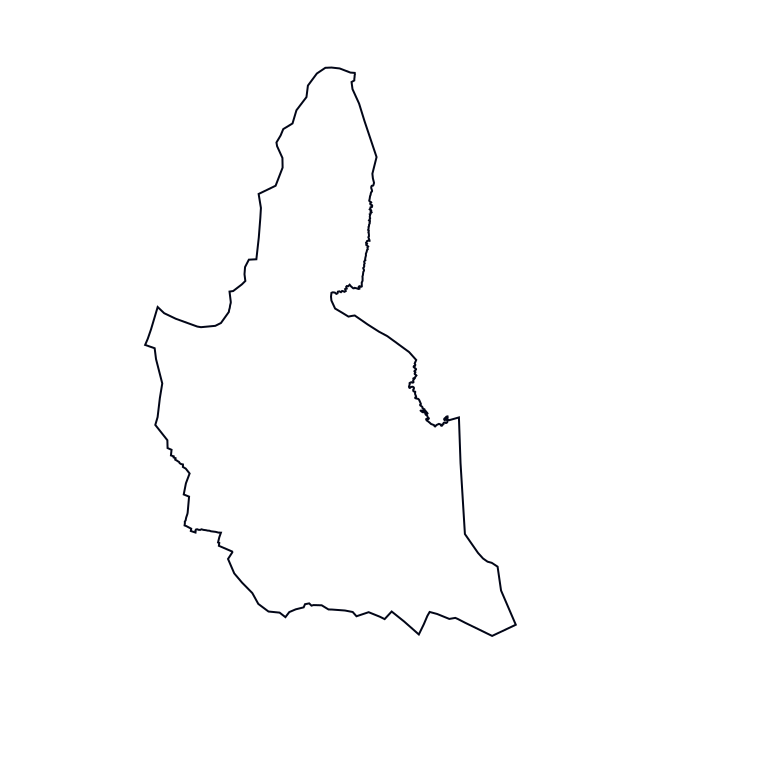 the district of Kiyawa, Jigawa, Nigeria, rotated 300°
{"feature_id": "59680162B95265909286240", "entity_name": "Kiyawa", "entity_type": "district", "adm_level": 2, "iso_a3": "NGA", "parent_name": "Nigeria", "parent_adm1": "Jigawa", "projection": "equal_earth", "projection_center": [9.668, 11.797], "detail": "fine", "context": "isolated", "style": "outline", "palette": "ink", "viewbox_px": 768, "rotation_deg": 300, "n_neighbors": 0, "source": "geoboundaries", "source_scale": "gbopen_adm2", "svg_char_len": 6154}
<svg xmlns="http://www.w3.org/2000/svg" viewBox="0 0 768 768"><g transform="rotate(300 384 384)"><path d="M392.5,465.6L385.2,458.5L385.2,456.0L385.4,455.6L385.9,455.9L387.0,455.8L387.7,455.2L387.3,454.7L386.7,454.3L385.2,454.1L384.7,453.7L383.9,453.6L383.3,453.9L383.1,454.4L383.4,454.9L384.1,455.1L384.4,455.6L383.9,457.3L383.2,457.7L382.4,457.9L381.9,457.7L381.4,457.4L381.1,456.8L381.3,456.1L381.0,455.7L380.4,455.2L379.7,455.1L379.2,455.5L378.1,454.8L377.6,455.2L377.0,455.1L376.5,454.5L376.6,454.0L377.2,453.7L377.1,452.3L376.9,451.5L374.6,449.9L372.9,449.6L372.7,449.0L373.4,447.8L372.9,444.7L373.4,442.7L373.5,441.7L373.7,440.9L373.8,439.1L374.6,438.1L375.1,438.4L375.5,439.5L375.8,439.9L376.4,440.1L376.7,440.0L376.8,439.8L376.7,438.9L376.8,438.7L377.7,437.9L378.0,437.4L378.2,437.0L378.3,435.6L378.4,435.3L379.2,434.4L379.4,434.3L379.6,434.5L379.5,435.2L379.8,436.1L380.0,436.4L380.3,436.4L381.2,434.1L381.5,433.1L381.2,432.8L380.1,433.2L379.6,432.9L379.5,432.3L379.0,431.9L378.9,431.2L379.0,430.0L379.2,429.2L379.5,429.3L380.1,431.0L381.3,431.8L382.1,431.9L382.3,431.7L382.2,429.8L382.4,429.4L382.9,429.1L383.3,428.6L383.5,427.6L383.6,426.1L384.1,425.7L384.8,426.0L385.2,425.9L387.8,422.4L388.1,421.6L388.2,421.0L387.7,419.5L387.4,418.4L387.5,418.0L387.9,417.8L388.7,418.3L389.3,418.0L390.8,416.0L391.7,415.4L392.8,415.0L392.9,414.7L392.5,413.8L392.5,413.2L392.7,412.8L393.5,412.2L394.0,412.1L394.6,412.3L395.2,412.1L395.7,411.8L396.0,411.2L396.0,410.5L395.8,409.9L394.9,408.9L394.3,408.6L393.7,408.5L393.4,408.1L393.5,407.7L394.1,407.0L396.9,406.3L397.5,405.7L397.9,405.8L399.2,406.7L399.3,407.8L400.0,408.6L400.4,408.6L401.3,407.7L401.8,407.4L403.1,407.6L403.4,406.7L403.7,406.7L403.9,407.4L404.3,407.7L404.6,407.8L405.0,407.5L407.6,407.8L407.9,406.6L407.9,405.8L408.5,405.3L409.7,405.4L410.0,405.2L410.0,404.5L410.2,404.0L410.6,403.9L412.5,404.5L412.9,404.3L413.1,403.8L413.5,401.3L413.9,401.0L414.6,401.0L415.3,401.8L416.3,401.5L417.1,400.3L420.9,399.9L424.2,389.8L427.1,363.0L426.8,353.6L427.4,340.0L428.7,324.4L426.8,322.0L424.6,319.5L424.8,312.3L424.9,303.9L430.0,296.7L433.2,294.4L436.7,292.9L437.8,293.8L438.6,295.7L438.2,297.6L439.3,298.4L440.9,297.9L441.9,299.0L442.0,300.8L443.6,301.2L443.9,302.2L444.1,303.7L445.4,304.4L446.7,302.9L448.0,304.0L449.1,302.7L450.2,302.8L450.8,304.1L452.8,304.6L452.1,306.4L451.5,309.4L451.8,310.1L452.6,310.5L453.3,312.9L453.5,314.3L454.2,315.1L454.9,314.8L455.2,313.7L455.6,313.5L456.0,313.6L456.4,313.8L456.6,314.2L456.5,314.9L456.8,315.6L457.4,316.0L460.7,314.0L461.2,313.9L461.7,314.0L462.9,313.7L465.2,312.4L466.3,311.6L467.7,311.3L470.8,310.0L472.1,310.0L472.8,309.6L473.8,308.2L474.2,308.0L474.8,308.2L475.7,308.1L476.4,307.9L477.0,307.2L478.1,306.9L478.7,307.0L479.9,305.7L480.9,305.7L481.3,305.6L481.8,306.0L482.1,305.8L482.3,305.5L482.6,305.3L484.1,304.7L486.3,304.1L487.7,303.2L489.7,302.9L491.6,302.3L492.5,302.6L494.0,301.4L495.1,301.6L495.5,300.3L495.4,299.4L495.6,299.1L496.1,298.8L496.7,299.1L497.0,299.1L497.0,298.2L497.3,297.9L497.6,298.1L499.1,297.8L499.5,298.2L499.8,298.2L500.5,298.7L500.7,299.2L500.6,299.4L500.6,299.7L500.8,299.9L501.6,299.2L501.9,298.7L502.7,297.9L503.1,297.2L503.5,297.0L504.4,297.1L506.5,295.8L507.4,294.8L507.7,294.9L508.5,294.3L509.0,294.3L509.3,294.1L509.5,293.2L510.2,293.2L511.6,292.6L512.1,292.3L512.2,292.1L512.7,292.2L514.0,291.7L514.5,291.4L516.0,291.3L517.0,290.5L517.4,290.7L518.2,290.2L518.3,290.1L518.3,289.5L518.8,289.7L519.3,289.1L520.0,289.3L520.7,289.1L520.9,288.7L521.8,288.0L523.3,287.5L523.8,286.9L524.2,287.3L524.7,287.3L524.9,287.0L525.7,286.6L526.2,286.7L526.2,287.3L526.4,287.4L526.7,286.8L527.0,286.7L527.1,286.2L527.6,286.4L527.9,286.1L528.0,285.8L528.1,285.1L528.0,284.6L528.1,284.3L528.4,284.4L528.4,284.9L528.6,284.9L528.9,284.4L530.2,284.0L530.4,284.3L530.9,284.6L531.2,285.0L531.4,285.0L531.6,284.4L531.8,284.3L532.1,284.2L532.6,284.5L532.8,284.3L532.9,283.9L532.8,282.4L533.5,281.8L534.9,282.1L535.0,281.8L535.0,280.5L535.1,280.1L535.3,279.6L535.7,279.4L536.9,279.1L539.7,278.0L541.2,277.8L542.1,277.4L543.6,277.0L544.7,277.3L545.1,277.2L545.6,276.9L547.4,274.9L548.7,274.3L549.5,274.3L550.3,275.3L550.9,275.4L553.2,274.8L556.6,271.5L560.3,268.8L576.8,264.1L602.0,235.6L614.4,222.2L623.6,209.3L629.3,204.9L632.0,206.5L633.7,205.6L635.2,205.0L636.5,204.3L637.4,204.1L638.8,203.1L636.9,199.2L635.1,187.8L631.8,180.3L628.5,175.1L619.3,170.6L604.4,168.9L593.7,173.4L577.3,171.3L563.9,174.5L554.4,169.3L547.6,170.2L539.4,170.1L536.5,172.5L529.0,183.0L520.7,188.0L501.5,191.0L485.9,180.4L474.9,189.4L465.9,193.9L448.3,202.3L428.2,211.1L424.1,204.8L415.8,205.2L409.3,208.3L403.9,212.4L399.2,211.1L389.1,206.9L386.8,204.0L378.7,210.1L377.7,210.7L375.2,211.4L372.7,212.4L370.9,212.8L368.8,213.6L355.3,212.3L350.0,208.8L341.7,197.1L340.4,193.6L336.4,171.1L335.4,158.2L337.5,149.5L314.9,154.9L305.1,156.8L298.4,157.6L300.3,167.5L291.6,174.1L273.6,191.7L259.8,196.9L242.1,204.5L234.2,206.4L227.0,224.5L220.3,228.6L220.8,232.9L215.6,235.2L216.2,238.1L215.2,238.5L215.5,240.6L214.1,241.0L214.1,243.1L214.0,244.2L214.0,245.5L213.3,246.6L213.2,248.3L213.8,250.1L212.5,250.9L211.6,251.3L211.6,254.6L209.3,260.4L199.0,262.1L188.2,265.8L189.0,271.5L174.6,278.2L173.2,278.7L169.3,279.5L166.7,280.4L165.2,280.3L164.0,281.1L161.8,282.0L162.1,283.9L162.3,289.4L160.1,290.2L161.1,295.0L162.3,294.5L162.9,293.9L164.1,294.0L164.8,294.9L165.0,296.3L165.7,297.7L166.9,298.6L167.4,300.6L168.4,303.0L168.8,304.4L169.7,306.3L169.9,307.7L171.8,312.2L172.5,314.8L173.7,317.1L168.9,318.0L163.8,319.5L164.0,320.8L161.3,321.9L163.0,336.3L162.4,336.8L154.5,336.4L145.1,349.0L141.0,360.4L137.1,374.5L130.7,385.1L129.2,397.7L133.8,407.9L132.8,415.2L139.1,416.0L144.7,420.2L150.4,426.1L153.8,425.7L156.6,428.9L155.8,432.0L157.3,433.5L161.2,440.7L161.0,448.7L162.5,451.4L168.3,463.4L170.9,470.9L169.1,476.3L178.7,484.8L180.4,496.9L180.7,502.1L190.8,504.4L188.4,520.1L184.5,539.4L195.9,538.6L204.9,537.5L209.4,537.5L211.4,545.0L213.2,558.0L217.1,562.7L217.4,565.3L217.8,573.7L219.9,603.6L241.4,618.5L263.7,588.6L282.6,573.7L283.0,566.7L281.9,562.5L282.4,557.0L284.7,549.9L294.5,529.1L353.8,489.8L392.5,465.6Z" fill="none" stroke="#020617" stroke-width="2"/></g></svg>